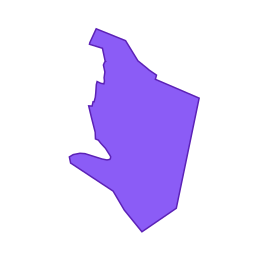 Darwin Waterfront Precinct, Australia (Equal Earth projection), rotated 311°
{"feature_id": "25037944B77006542086789", "entity_name": "Darwin Waterfront Precinct", "entity_type": "district", "adm_level": 2, "iso_a3": "AUS", "parent_name": "Australia", "parent_adm1": "", "projection": "equal_earth", "projection_center": [130.846, -12.469], "detail": "fine", "context": "isolated", "style": "filled", "palette": "violet", "viewbox_px": 256, "rotation_deg": 311, "n_neighbors": 0, "source": "geoboundaries", "source_scale": "gbopen_adm2", "svg_char_len": 738}
<svg xmlns="http://www.w3.org/2000/svg" viewBox="0 0 256 256"><g transform="rotate(311 128 128)"><path d="M63.9,107.7L70.6,158.2L63.6,179.1L58.8,206.6L99.1,217.1L197.2,162.1L182.7,116.7L186.6,114.8L185.6,106.0L185.6,103.4L185.2,91.4L192.3,68.9L182.0,38.9L167.3,43.2L165.9,44.0L171.4,56.4L163.7,66.6L163.6,67.4L162.5,67.1L159.4,68.1L155.1,73.8L150.2,77.0L147.9,79.5L145.5,80.8L143.9,78.2L142.8,74.2L140.0,75.6L133.4,80.6L129.7,83.2L125.5,85.2L124.9,84.4L121.0,86.5L118.9,83.8L112.3,93.0L103.3,106.0L98.4,110.6L99.4,113.6L98.6,117.7L97.9,124.3L96.2,130.0L95.5,132.4L95.0,133.7L93.9,134.5L92.4,134.9L90.1,133.1L87.6,128.8L80.4,112.3L77.4,108.3L72.0,104.1L67.7,102.7L63.9,107.7Z" fill="#8b5cf6" stroke="#5b21b6" stroke-width="1.5"/></g></svg>